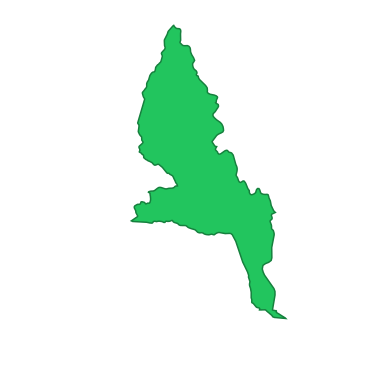 map outline of Manicaland (Albers equal-area conic projection), rotated 332°
{"feature_id": "ZWE-529", "entity_name": "Manicaland", "entity_type": "Province", "adm_level": 1, "iso_a3": "ZWE", "parent_name": "Zimbabwe", "parent_adm1": "", "projection": "albers", "projection_center": [32.271, -19.29], "detail": "fine", "context": "isolated", "style": "filled", "palette": "green", "viewbox_px": 384, "rotation_deg": 332, "n_neighbors": 0, "source": "natural_earth", "source_scale": "10m", "svg_char_len": 6064}
<svg xmlns="http://www.w3.org/2000/svg" viewBox="0 0 384 384"><g transform="rotate(332 192 192)"><path d="M257.5,44.9L256.1,47.0L253.2,52.7L252.7,53.2L252.1,53.7L251.6,54.2L251.6,55.0L252.4,57.6L252.7,58.3L254.0,59.3L256.7,60.6L257.7,61.9L258.0,63.5L257.7,65.0L256.5,67.8L256.2,70.8L256.4,74.2L256.1,77.0L254.2,78.2L253.0,78.8L252.2,80.1L251.7,81.7L251.5,83.2L251.6,84.7L252.5,86.8L252.6,88.2L252.3,89.2L251.8,89.7L251.2,90.1L250.8,90.7L250.9,91.4L251.8,92.5L251.7,93.1L251.3,94.7L251.5,96.4L254.0,104.3L254.3,106.9L254.2,107.5L253.5,109.1L253.0,110.1L252.5,110.7L252.4,111.3L252.7,112.5L253.8,114.1L257.2,116.9L258.5,118.4L259.1,119.9L258.8,120.7L256.7,122.3L255.1,124.6L254.9,124.5L255.0,125.3L255.9,126.4L256.2,127.2L255.7,128.7L254.4,129.7L252.8,130.5L251.4,131.3L250.1,132.0L248.7,132.4L247.4,132.9L246.5,134.0L246.3,135.3L246.6,136.9L247.5,139.6L249.7,144.0L250.2,146.1L250.1,148.7L249.5,150.7L248.8,152.4L247.5,153.4L245.6,153.5L242.6,153.3L240.4,153.6L233.4,156.9L233.3,157.6L233.7,161.8L234.2,162.9L235.1,163.5L234.3,164.1L233.4,164.6L232.7,165.3L232.6,166.2L233.1,167.9L233.3,168.8L233.1,169.7L233.3,170.8L233.9,171.4L234.7,171.7L235.7,171.7L240.2,171.1L241.5,171.2L242.3,171.5L242.7,171.9L242.9,172.4L243.1,173.3L243.4,174.3L244.0,174.8L244.7,175.4L245.3,176.2L245.7,178.8L243.6,188.3L243.5,190.2L243.2,191.6L242.7,192.9L241.6,194.6L238.9,197.7L238.7,198.4L238.9,200.7L238.4,203.8L238.5,205.4L239.2,206.3L240.6,206.4L241.9,206.2L243.0,206.6L243.4,208.2L243.5,209.7L242.9,215.2L243.0,215.9L243.1,216.7L243.2,217.7L242.9,218.4L242.5,219.1L242.3,219.9L242.5,221.6L243.3,222.4L244.6,222.7L246.3,222.8L247.9,222.4L250.1,220.2L251.5,219.7L252.7,220.4L252.8,222.0L252.2,225.0L252.8,226.3L254.0,227.6L255.6,228.6L257.2,229.3L257.9,230.1L257.7,231.6L257.2,233.4L257.0,236.6L255.6,241.1L255.3,246.8L255.8,248.6L256.0,249.2L252.1,249.0L251.1,249.9L250.7,252.2L250.1,253.3L249.0,253.7L247.8,253.9L247.1,254.6L246.6,258.3L246.2,259.5L245.2,261.4L245.1,262.1L245.2,262.6L245.6,263.7L245.7,264.3L245.2,266.6L244.8,267.7L244.2,268.7L236.3,278.5L231.6,287.6L229.8,289.6L226.7,290.1L223.3,289.7L220.2,290.1L217.9,293.0L217.2,296.3L217.0,299.5L219.0,315.7L218.6,318.7L216.9,322.0L207.7,333.9L208.1,334.5L209.1,335.2L209.8,336.1L210.4,336.1L210.6,336.3L210.6,336.8L210.1,337.7L210.0,338.0L215.2,347.0L215.4,347.7L205.8,341.4L204.6,339.9L204.7,338.8L202.2,332.5L201.6,330.7L201.3,330.4L196.2,327.8L197.1,326.6L196.8,325.9L195.3,324.6L194.8,323.9L194.6,323.2L193.9,319.6L193.7,319.0L193.0,318.0L193.0,317.4L194.0,315.6L194.3,314.9L194.6,313.2L197.2,308.3L198.5,304.3L198.7,302.8L199.0,301.4L199.6,300.2L201.1,298.3L201.9,293.7L202.9,292.2L203.5,288.5L203.9,277.7L207.5,256.1L207.5,248.4L207.1,247.7L206.9,247.0L205.6,246.1L201.8,244.3L197.0,240.5L196.0,240.1L195.4,240.0L194.8,239.9L193.4,239.9L191.7,240.2L191.3,240.1L190.8,239.7L190.2,239.1L189.8,238.6L189.2,238.3L187.0,237.8L186.1,237.3L184.5,236.2L183.4,235.1L182.9,234.4L182.3,233.2L181.9,232.9L181.5,232.5L179.6,231.7L178.8,231.0L178.2,230.3L178.0,229.8L177.1,227.0L176.1,225.9L173.9,223.8L172.2,221.8L171.8,221.1L171.1,219.2L170.6,218.7L169.7,218.1L166.4,216.3L165.9,215.9L165.3,215.2L165.0,214.7L164.5,213.0L164.2,212.7L162.0,210.5L161.6,209.8L161.4,209.2L161.4,208.1L161.1,207.8L160.6,207.6L158.9,207.4L158.1,207.2L157.1,206.7L156.5,206.4L155.6,205.7L155.0,205.6L153.8,206.1L153.4,205.9L152.9,205.7L151.8,204.2L151.2,203.7L149.3,202.3L148.6,202.0L147.2,201.6L146.8,201.5L146.4,201.2L145.6,200.5L145.3,200.3L144.9,200.1L144.1,200.1L143.6,200.2L142.9,200.6L142.5,200.7L142.1,200.7L141.3,200.2L140.3,199.6L137.7,197.4L125.8,190.2L124.9,189.0L132.0,188.2L132.8,187.7L132.8,184.0L133.5,182.1L133.6,179.1L133.8,178.6L133.9,178.2L134.3,177.8L135.0,177.4L136.9,177.3L137.9,177.3L138.6,177.5L139.2,177.9L140.0,178.2L140.4,178.2L140.9,178.1L141.3,177.8L141.9,177.2L142.2,176.9L142.6,176.9L143.2,177.1L143.6,177.4L145.0,178.7L145.3,179.5L145.4,180.3L145.5,180.7L145.9,180.9L146.5,181.0L147.3,181.0L147.8,181.1L148.8,181.7L149.3,181.8L149.8,181.6L151.1,180.3L151.6,179.7L152.2,178.7L153.2,176.4L153.7,174.8L154.2,173.7L154.3,173.4L154.2,173.0L154.0,172.7L153.6,172.1L153.4,171.8L153.7,171.5L154.4,171.5L156.0,171.9L158.4,173.0L159.8,173.1L163.3,172.5L164.6,172.4L165.8,172.8L166.8,173.5L169.6,176.4L170.7,177.2L173.4,177.9L176.3,179.3L177.8,179.6L178.5,179.5L179.7,179.1L180.2,179.1L181.0,179.3L181.5,179.5L182.0,179.8L182.4,178.5L182.1,176.6L182.1,175.6L182.3,174.1L182.3,172.7L182.5,169.4L182.4,168.7L182.1,168.0L181.7,167.3L180.8,166.1L180.5,164.9L180.3,164.6L179.2,164.0L179.0,163.7L178.8,163.4L178.7,163.0L177.4,156.3L175.7,152.2L175.5,151.9L174.9,151.5L174.0,151.3L172.7,151.2L171.9,150.9L171.6,150.7L171.2,150.1L170.9,149.2L170.6,147.7L170.4,147.2L168.9,145.0L167.9,143.9L167.0,142.2L166.3,141.3L166.0,140.1L165.8,139.8L165.6,139.4L165.6,138.8L166.1,137.8L166.3,137.0L166.3,136.4L165.6,135.1L165.4,133.8L164.6,132.5L164.3,131.9L164.7,131.4L165.6,130.7L166.0,129.3L166.0,128.5L166.1,127.8L166.4,127.2L167.0,126.8L167.7,126.6L170.9,125.8L171.6,125.5L172.1,125.1L172.2,124.3L172.0,122.8L172.3,122.0L173.3,119.9L173.3,119.1L173.1,118.8L172.9,118.1L172.7,116.7L172.8,114.2L172.9,113.7L173.0,113.3L175.7,109.6L176.3,108.6L176.6,107.8L176.4,106.5L176.4,106.0L176.5,105.5L193.6,88.0L193.9,87.6L193.9,87.2L193.8,85.9L193.8,85.0L194.4,82.0L194.7,81.2L195.0,80.9L195.5,80.6L197.5,79.8L199.0,79.0L200.6,78.4L201.0,78.1L201.4,77.7L201.9,76.9L202.6,75.5L203.0,74.9L203.4,74.6L204.0,74.0L205.6,73.1L206.4,72.6L209.4,69.5L210.5,68.8L211.9,68.1L212.6,67.9L213.3,67.8L213.8,67.8L214.2,67.9L215.0,68.2L215.5,68.1L216.2,67.7L217.3,66.5L218.2,65.2L218.6,64.8L221.2,63.6L222.5,63.5L223.6,63.0L224.8,62.7L225.5,62.4L226.2,61.8L229.3,58.5L229.5,58.1L229.7,57.7L229.8,57.2L229.9,55.8L230.0,55.4L230.3,55.0L230.7,54.7L233.0,53.8L233.8,53.6L234.9,53.1L235.3,52.8L235.8,52.3L236.2,51.6L236.4,50.2L236.5,49.8L238.6,45.4L239.2,44.6L244.2,41.1L245.9,39.4L246.6,38.9L252.1,36.8L253.6,36.3L254.1,36.3L254.1,37.1L254.4,38.8L255.1,40.3L255.8,40.8L257.4,41.8L257.9,42.5L258.0,43.7L257.5,44.9Z" fill="#22c55e" stroke="#15803d" stroke-width="1.5"/></g></svg>